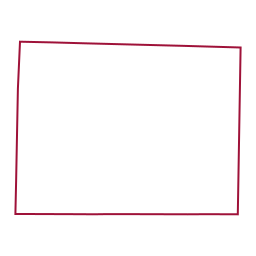 outline of Taney, Missouri, United States of America
{"feature_id": "52423323B86521860314326", "entity_name": "Taney", "entity_type": "district", "adm_level": 2, "iso_a3": "USA", "parent_name": "United States of America", "parent_adm1": "Missouri", "projection": "equal_earth", "projection_center": [-93.064, 36.657], "detail": "fine", "context": "isolated", "style": "outline", "palette": "rose", "viewbox_px": 256, "rotation_deg": 0, "n_neighbors": 0, "source": "geoboundaries", "source_scale": "gbopen_adm2", "svg_char_len": 374}
<svg xmlns="http://www.w3.org/2000/svg" viewBox="0 0 256 256"><path d="M181.6,45.8L84.4,43.3L52.1,42.4L20.0,41.7L17.9,88.6L16.1,181.9L15.4,214.0L24.3,214.0L25.4,214.0L82.6,214.2L92.9,214.3L108.1,214.1L108.6,214.1L116.1,214.1L116.5,214.1L187.8,214.3L188.0,214.3L204.3,214.2L210.5,214.2L237.8,214.3L240.6,47.5L181.6,45.8Z" fill="none" stroke="#9f1239" stroke-width="2"/></svg>